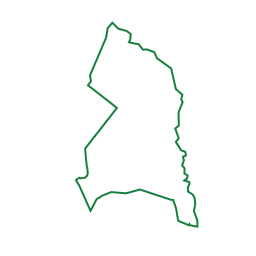 the district of Prince George's, Maryland, United States of America, rotated 353°
{"feature_id": "52423323B69501139245181", "entity_name": "Prince George's", "entity_type": "district", "adm_level": 2, "iso_a3": "USA", "parent_name": "United States of America", "parent_adm1": "Maryland", "projection": "orthographic", "projection_center": [-76.846, 38.833], "detail": "fine", "context": "isolated", "style": "outline", "palette": "green", "viewbox_px": 256, "rotation_deg": 353, "n_neighbors": 0, "source": "geoboundaries", "source_scale": "gbopen_adm2", "svg_char_len": 1465}
<svg xmlns="http://www.w3.org/2000/svg" viewBox="0 0 256 256"><g transform="rotate(353 128 128)"><path d="M184.8,234.4L185.6,228.3L183.3,218.4L185.5,211.7L185.6,205.2L183.9,201.7L179.8,198.4L180.2,194.1L182.2,191.2L182.3,189.2L177.5,187.0L180.5,185.1L181.4,182.4L178.5,180.1L179.2,174.8L177.2,171.8L177.5,171.1L178.0,170.1L179.6,166.8L179.5,166.0L179.0,164.4L179.0,163.8L179.2,163.2L179.5,162.9L181.4,162.9L182.0,162.5L182.2,162.0L182.0,160.0L182.0,158.9L181.6,158.4L178.0,156.6L173.8,147.7L177.1,144.3L174.8,134.3L178.7,131.8L180.1,118.6L185.4,109.0L184.3,105.9L186.0,101.7L180.3,95.3L178.1,74.2L165.3,62.3L163.4,56.0L156.4,52.3L152.4,52.1L148.7,46.1L141.1,43.8L139.4,42.8L140.7,41.3L142.2,35.2L138.6,31.6L130.4,28.2L125.3,21.6L120.1,26.3L117.2,35.8L107.7,52.2L102.1,61.8L101.3,63.2L96.7,71.1L96.9,77.1L93.5,80.8L96.5,83.7L110.4,97.6L112.3,99.4L114.4,101.6L119.4,106.8L119.0,107.2L116.7,109.5L116.4,109.8L108.2,118.0L107.1,119.0L105.8,120.3L104.8,121.4L99.9,126.4L96.2,129.9L94.2,132.1L93.8,132.2L87.3,138.8L83.3,142.9L83.1,143.1L83.0,143.5L82.9,145.2L82.7,149.5L82.6,151.2L82.5,159.0L82.4,160.8L82.7,162.1L82.6,166.9L82.3,169.0L81.4,170.5L79.3,172.1L75.9,172.2L74.0,171.9L73.8,171.5L73.5,171.6L71.9,172.2L70.0,173.4L72.6,179.2L80.7,205.6L88.2,194.8L94.5,191.9L103.6,189.6L118.2,192.6L132.3,190.5L161.7,204.4L164.1,204.9L165.9,213.5L166.5,226.2L176.5,231.9L177.3,230.9L177.6,232.0L177.8,232.1L184.8,234.4Z" fill="none" stroke="#15803d" stroke-width="2"/></g></svg>